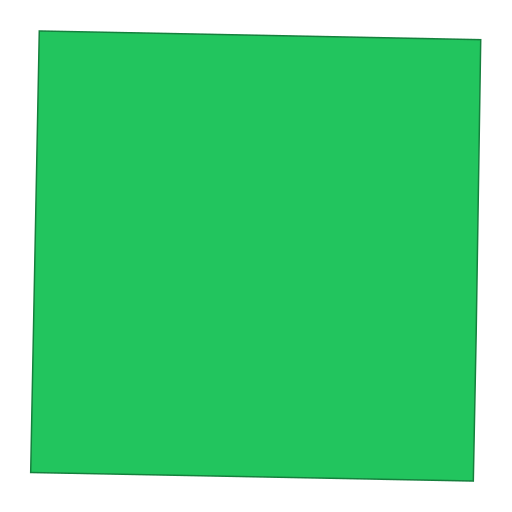 Seward, Nebraska, United States of America (Equal Earth projection), rotated 1°
{"feature_id": "52423323B50474680462759", "entity_name": "Seward", "entity_type": "district", "adm_level": 2, "iso_a3": "USA", "parent_name": "United States of America", "parent_adm1": "Nebraska", "projection": "equal_earth", "projection_center": [-97.107, 40.872], "detail": "fine", "context": "isolated", "style": "filled", "palette": "green", "viewbox_px": 512, "rotation_deg": 1, "n_neighbors": 0, "source": "geoboundaries", "source_scale": "gbopen_adm2", "svg_char_len": 248}
<svg xmlns="http://www.w3.org/2000/svg" viewBox="0 0 512 512"><g transform="rotate(1 256 256)"><path d="M34.5,476.4L474.9,477.2L477.2,477.2L477.5,330.1L476.9,35.8L35.4,34.8L34.5,476.4Z" fill="#22c55e" stroke="#15803d" stroke-width="1.5"/></g></svg>